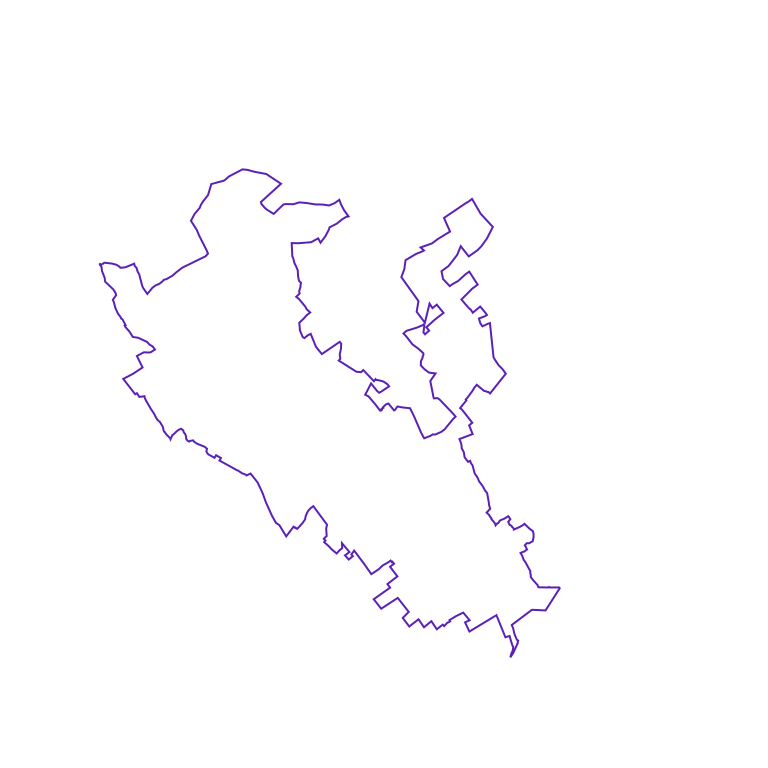 the district of Izamal, Yucatán, Mexico, rotated 226°
{"feature_id": "50627088B52371381549393", "entity_name": "Izamal", "entity_type": "district", "adm_level": 2, "iso_a3": "MEX", "parent_name": "Mexico", "parent_adm1": "Yucatán", "projection": "orthographic", "projection_center": [-88.999, 20.883], "detail": "fine", "context": "isolated", "style": "outline", "palette": "violet", "viewbox_px": 768, "rotation_deg": 226, "n_neighbors": 0, "source": "geoboundaries", "source_scale": "gbopen_adm2", "svg_char_len": 6165}
<svg xmlns="http://www.w3.org/2000/svg" viewBox="0 0 768 768"><g transform="rotate(226 384 384)"><path d="M458.1,485.5L452.5,478.4L448.8,470.7L419.7,466.4L413.3,457.7L399.7,456.0L410.2,472.6L404.9,471.6L404.4,477.1L393.8,476.2L395.0,465.2L395.4,453.9L391.0,453.5L391.3,448.0L393.7,448.2L398.0,453.6L399.3,453.8L399.3,453.0L401.8,446.6L406.6,437.2L406.8,433.1L402.9,433.1L392.7,432.0L385.8,433.2L378.9,433.7L377.6,432.7L376.9,430.8L376.1,430.1L374.8,426.5L371.9,423.4L366.5,423.4L360.9,424.3L355.8,428.4L354.0,419.4L339.6,410.1L338.8,410.0L336.8,412.6L334.5,413.2L314.8,413.1L310.8,412.8L310.8,409.1L309.3,396.2L309.7,392.2L312.1,385.6L313.8,384.2L314.5,381.3L317.0,375.2L323.0,376.8L340.2,383.3L348.5,385.9L354.2,381.1L358.3,378.2L358.5,377.8L357.7,374.2L358.0,372.9L366.9,373.6L368.0,371.0L368.0,367.0L367.3,366.9L367.7,364.6L366.9,364.5L367.0,363.4L367.5,362.7L374.5,363.5L385.9,364.3L389.3,363.0L393.4,375.1L384.1,374.2L381.1,374.4L380.5,376.4L378.8,386.0L381.6,386.3L386.2,385.3L391.0,382.4L392.2,381.2L393.4,381.3L393.0,378.7L408.4,378.8L408.4,375.8L411.9,372.7L432.3,367.7L432.5,370.1L436.0,372.7L439.3,377.6L442.7,381.2L445.1,381.4L448.7,360.1L458.0,360.9L471.0,366.1L472.0,362.7L472.3,358.7L474.1,358.1L480.8,360.7L486.9,365.6L486.8,371.6L487.2,375.7L486.7,380.6L491.7,380.3L494.1,381.1L504.1,381.9L507.7,381.4L507.7,386.2L509.7,387.4L511.7,391.1L513.0,392.5L514.5,394.6L516.9,394.5L518.0,395.0L521.3,397.1L525.5,400.8L530.0,402.6L532.8,403.4L538.0,406.3L539.5,406.7L549.5,415.5L544.9,420.0L536.6,430.1L534.5,437.8L529.7,436.5L531.0,444.4L533.3,451.5L534.5,453.7L532.2,461.2L531.5,468.4L530.5,472.8L529.2,474.9L536.8,476.0L543.2,477.9L547.5,479.8L548.5,473.8L550.6,468.5L555.6,464.6L561.4,458.9L567.9,454.1L573.4,449.3L576.3,443.7L581.8,438.2L583.0,436.4L583.0,422.8L591.1,420.8L593.5,420.6L598.8,421.0L600.4,421.8L599.6,449.0L616.8,445.2L627.0,438.0L632.8,434.6L636.7,431.3L641.0,416.7L641.2,411.6L641.5,410.1L647.8,398.7L642.1,388.6L641.1,381.0L640.1,376.8L638.7,373.8L637.9,365.8L635.5,358.5L625.0,356.4L619.1,354.1L603.5,349.3L600.1,348.0L599.8,344.4L607.8,319.7L608.7,311.5L608.8,307.4L610.5,300.6L611.9,297.9L611.7,296.4L612.1,292.1L613.6,288.1L614.1,284.3L613.2,276.3L620.6,277.5L622.6,278.3L633.2,284.2L635.9,284.8L639.3,286.6L642.3,286.8L644.1,287.9L647.6,279.0L650.7,275.1L652.2,275.2L655.8,274.3L659.7,271.9L665.6,267.0L665.7,265.3L666.3,263.4L668.4,263.0L666.2,262.3L664.6,262.2L661.1,259.6L654.4,256.8L651.3,254.5L639.9,255.0L635.7,254.0L634.0,253.0L632.9,247.4L630.9,246.7L624.9,243.4L622.9,242.7L619.3,241.5L615.2,241.0L613.4,240.4L612.2,240.8L608.2,239.7L606.9,239.1L605.8,239.0L606.1,238.0L604.7,237.6L598.5,237.3L592.3,236.0L588.0,239.3L578.8,242.8L575.2,242.7L571.7,243.7L567.9,243.2L568.9,238.2L569.7,237.0L573.6,233.3L575.8,225.7L563.6,221.8L565.7,210.5L568.8,200.0L549.5,197.9L549.0,199.9L544.7,199.0L541.6,203.2L540.1,202.2L538.1,201.5L528.1,199.0L521.9,197.9L519.8,197.1L515.4,196.1L512.1,196.4L507.1,195.2L502.7,192.7L501.6,192.9L499.0,192.4L493.4,192.5L492.6,192.1L494.3,196.4L494.0,197.2L494.0,201.9L493.6,204.8L492.8,206.9L490.2,207.4L488.3,206.4L486.2,206.2L483.9,205.3L482.6,204.1L481.4,203.4L479.0,203.4L477.9,203.9L477.9,204.8L476.1,207.5L474.2,207.3L470.8,208.1L463.4,211.4L460.4,211.7L458.7,209.2L455.7,208.7L448.6,210.8L449.4,213.7L444.0,215.3L443.2,212.5L423.9,218.4L423.1,218.9L418.3,219.9L414.9,221.6L413.7,221.6L412.3,225.8L401.0,224.7L389.9,220.9L381.0,216.9L367.4,212.0L359.2,209.8L355.1,210.7L342.3,207.8L344.2,219.8L342.3,220.1L342.4,220.5L340.1,220.9L340.5,228.5L341.4,233.1L343.3,235.8L344.6,238.7L345.4,241.3L345.7,244.5L345.2,248.3L322.4,245.3L320.1,241.9L314.5,237.2L314.5,233.5L314.2,233.5L314.2,233.1L312.0,233.1L311.8,231.1L306.1,231.6L301.5,231.5L295.0,232.2L295.3,236.8L294.9,239.8L298.7,243.2L287.1,242.4L287.8,236.9L282.2,236.7L281.8,242.0L284.0,242.1L284.9,246.8L269.4,244.9L256.0,242.8L254.4,251.5L254.4,256.8L252.7,263.6L252.4,266.1L250.5,265.8L250.4,266.6L247.8,266.4L248.3,261.4L236.3,260.0L237.7,247.5L233.3,246.9L236.3,227.1L224.3,225.9L220.6,245.3L202.9,243.5L202.7,235.0L192.0,233.7L190.8,245.4L181.2,243.8L180.5,253.3L170.9,251.6L170.1,259.1L168.0,259.1L168.3,263.9L167.8,264.6L167.3,266.7L168.7,267.1L167.0,274.5L164.5,282.2L154.6,281.5L156.2,276.7L146.6,273.5L139.6,304.3L117.5,295.4L115.5,299.3L110.7,296.7L106.4,294.6L105.2,294.4L103.0,291.8L101.5,288.1L99.6,285.0L100.8,290.2L104.8,300.4L105.2,300.5L106.2,302.3L107.7,301.9L113.4,304.1L118.6,307.2L121.9,308.5L118.8,333.6L108.9,342.9L115.0,368.5L115.9,368.7L122.8,361.6L123.4,361.6L123.8,360.5L130.5,353.9L132.9,354.8L139.4,355.0L143.2,355.5L144.8,357.0L146.7,358.1L147.6,359.2L157.4,361.9L160.7,362.4L164.7,364.2L167.6,364.8L167.3,365.9L166.1,368.5L165.6,371.9L169.4,373.2L170.1,373.2L170.3,376.1L168.6,377.8L167.6,381.7L169.9,385.2L172.2,387.4L174.7,388.9L178.6,388.2L185.8,387.9L186.0,385.9L186.9,382.3L189.1,376.3L189.8,377.0L192.6,376.9L193.4,377.2L195.5,376.5L198.6,377.7L199.0,381.0L202.5,381.6L203.7,376.5L204.9,373.7L205.2,372.2L204.6,369.6L205.1,368.5L204.8,366.1L206.6,366.9L208.3,367.2L212.2,367.4L212.7,368.0L214.9,368.1L216.3,368.6L220.2,368.5L220.5,373.7L224.3,375.7L225.4,376.7L233.8,382.4L237.2,382.7L241.7,384.0L248.0,384.8L251.4,386.2L256.7,387.1L264.0,391.2L266.5,391.5L268.9,392.6L269.6,390.4L275.3,391.1L279.4,394.0L283.9,395.3L285.9,397.1L288.7,398.7L292.0,400.0L286.4,413.0L295.1,416.5L294.8,420.6L311.2,422.3L313.8,422.0L315.0,431.9L316.1,432.1L316.2,434.5L317.7,443.4L318.6,446.3L319.0,450.2L309.4,451.2L307.6,452.5L306.7,452.7L305.6,453.6L303.5,453.7L306.8,478.8L312.6,479.6L317.8,479.5L324.1,480.6L327.2,481.4L354.2,502.5L354.5,501.6L355.0,501.1L357.1,494.9L360.6,495.4L365.2,497.8L362.8,503.2L362.1,506.0L366.4,506.6L372.9,507.0L373.6,497.4L377.5,498.1L379.4,497.7L391.0,498.4L391.3,513.6L390.4,520.4L405.6,523.4L406.3,518.8L406.6,508.9L408.3,502.4L408.7,499.3L418.5,499.4L425.2,503.7L424.0,512.4L425.9,525.5L426.1,526.5L429.8,534.9L416.9,533.6L415.3,544.2L415.4,549.5L417.2,559.3L421.4,571.4L439.5,571.8L456.0,575.9L456.4,571.9L457.3,568.2L461.8,542.5L447.8,537.4L450.9,523.3L451.8,516.1L456.8,505.2L452.3,505.5L453.0,503.1L455.3,497.4L458.1,485.5Z" fill="none" stroke="#5b21b6" stroke-width="2"/></g></svg>